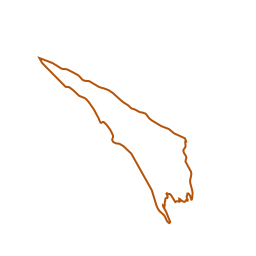 map outline of South Karelia (Equal Earth projection), rotated 242°
{"feature_id": "FIN-3188", "entity_name": "South Karelia", "entity_type": "Province", "adm_level": 1, "iso_a3": "FIN", "parent_name": "Finland", "parent_adm1": "", "projection": "equal_earth", "projection_center": [28.093, 61.258], "detail": "fine", "context": "isolated", "style": "outline", "palette": "amber", "viewbox_px": 256, "rotation_deg": 242, "n_neighbors": 0, "source": "natural_earth", "source_scale": "10m", "svg_char_len": 1949}
<svg xmlns="http://www.w3.org/2000/svg" viewBox="0 0 256 256"><g transform="rotate(242 128 128)"><path d="M231.4,82.6L220.7,91.9L211.9,97.0L210.6,98.2L209.1,100.9L207.9,102.1L198.6,108.4L196.6,109.3L192.4,110.3L190.9,111.1L189.8,112.3L188.6,114.2L187.5,115.8L178.1,121.5L176.2,123.2L175.4,124.1L174.4,125.2L170.6,128.6L165.9,131.1L156.1,134.6L152.6,136.1L147.9,138.8L144.2,140.0L143.1,140.8L141.1,142.8L137.1,145.4L135.9,146.5L134.8,148.1L132.2,150.4L126.4,151.3L123.5,152.6L114.0,158.3L107.9,163.6L101.6,166.2L92.2,173.4L91.1,173.2L90.5,173.3L89.0,173.1L88.8,173.0L88.9,172.9L89.1,172.7L89.4,172.5L88.9,172.0L85.6,170.6L84.5,170.0L83.9,169.2L82.9,167.1L82.2,166.3L79.6,165.7L76.6,166.0L74.2,165.6L73.4,164.6L71.4,163.0L59.8,163.1L57.8,162.4L56.0,161.1L52.8,158.4L50.7,157.3L42.5,155.3L40.2,154.5L35.7,151.6L34.9,150.7L35.0,150.3L35.9,150.4L36.9,150.7L39.0,151.0L41.0,150.8L42.0,150.4L42.2,149.6L41.6,149.4L40.9,148.8L40.5,148.1L39.8,147.5L38.8,147.2L36.6,147.0L36.1,146.8L35.9,146.4L37.0,145.4L36.4,144.5L36.2,143.4L37.4,141.9L39.7,140.8L40.8,140.5L41.5,140.0L40.7,139.6L40.3,139.4L39.4,139.3L38.9,139.4L38.7,138.8L40.1,137.3L40.5,136.4L40.4,135.0L48.1,134.5L49.3,134.3L50.5,133.5L50.5,133.1L50.6,132.7L51.0,132.4L51.6,132.1L52.0,131.8L51.9,131.7L51.8,131.3L51.8,131.1L50.1,131.1L48.5,130.7L47.8,129.9L48.3,129.3L48.2,128.1L44.7,125.3L42.4,124.1L41.4,123.2L42.5,123.0L43.3,122.6L42.3,122.2L36.0,122.3L25.1,121.1L24.6,119.9L25.7,119.2L27.8,118.7L32.6,119.0L34.0,118.9L39.9,116.8L43.0,116.5L46.5,116.8L61.9,119.8L103.8,118.9L114.2,115.4L117.8,113.2L118.6,112.4L119.1,111.7L119.4,111.1L119.7,110.6L121.1,109.4L122.5,108.5L124.2,108.3L125.2,108.6L127.1,110.6L128.7,111.3L134.6,111.5L140.9,110.6L144.7,109.3L145.2,108.6L145.1,106.8L145.5,106.3L146.6,106.2L150.2,106.6L160.6,106.6L169.5,105.5L173.2,104.6L174.9,103.7L179.3,100.0L187.5,97.2L191.7,95.2L193.7,92.2L225.7,82.7L231.3,82.6L231.4,82.6Z" fill="none" stroke="#b45309" stroke-width="2"/></g></svg>